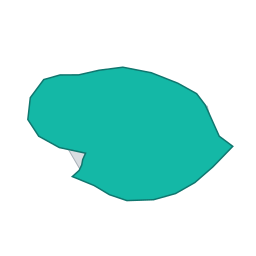 Saint Helena, with Saint Helena highlighted, rotated 65°
{"feature_id": "SHN-4864", "entity_name": "Saint Helena", "entity_type": "state/province", "adm_level": 1, "iso_a3": "SHN", "parent_name": "Saint Helena", "parent_adm1": "", "projection": "equal_earth", "projection_center": [-5.718, -15.959], "detail": "fine", "context": "in_parent", "style": "filled", "palette": "teal", "viewbox_px": 256, "rotation_deg": 65, "n_neighbors": 0, "source": "natural_earth", "source_scale": "10m", "svg_char_len": 630}
<svg xmlns="http://www.w3.org/2000/svg" viewBox="0 0 256 256"><g transform="rotate(65 128 128)"><path d="M159.8,187.6L56.6,197.2L65.1,124.7L141.8,47.0L193.6,57.2L196.8,146.4L159.8,187.6Z" fill="#d9dde1" stroke="#a8b0b8" stroke-width="1"/><path d="M125.9,51.3L139.8,48.3L174.0,48.8L188.9,40.8L199.1,67.5L205.7,90.5L207.5,112.6L203.8,135.1L193.3,159.7L180.6,173.0L165.7,183.1L148.5,199.0L145.8,190.2L141.9,185.5L137.5,182.4L132.9,177.1L116.7,198.5L97.7,212.4L78.0,215.2L59.2,203.7L48.5,183.9L51.2,167.2L59.0,150.3L63.4,129.9L70.7,107.0L87.8,83.5L108.5,63.9L125.9,51.3Z" fill="#14b8a6" stroke="#0f766e" stroke-width="1.5"/></g></svg>